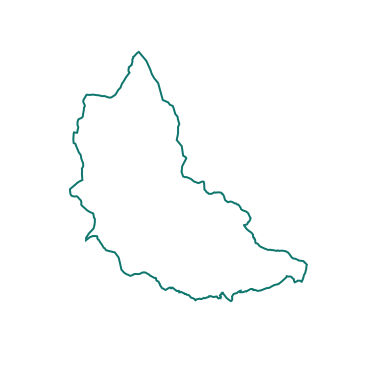 Bistra, Alba, Romania (Natural Earth projection), rotated 296°
{"feature_id": "2599482B44992285176007", "entity_name": "Bistra", "entity_type": "district", "adm_level": 2, "iso_a3": "ROU", "parent_name": "Romania", "parent_adm1": "Alba", "projection": "natural_earth1", "projection_center": [23.133, 46.419], "detail": "fine", "context": "isolated", "style": "outline", "palette": "teal", "viewbox_px": 384, "rotation_deg": 296, "n_neighbors": 0, "source": "geoboundaries", "source_scale": "gbopen_adm2", "svg_char_len": 5930}
<svg xmlns="http://www.w3.org/2000/svg" viewBox="0 0 384 384"><g transform="rotate(296 192 192)"><path d="M172.6,328.5L175.1,327.5L177.0,327.1L177.8,325.2L178.0,324.1L178.0,323.9L178.5,323.4L178.6,322.8L178.6,322.5L178.7,322.2L177.2,318.0L177.4,317.1L177.3,314.3L177.0,313.1L176.6,312.1L176.6,311.5L177.2,309.7L177.6,309.3L177.8,308.6L178.8,306.9L179.7,305.0L179.7,303.9L179.9,302.7L179.6,301.5L178.9,298.9L178.2,297.6L177.4,296.5L177.3,296.2L177.2,295.0L177.1,294.6L176.2,294.0L175.0,289.4L174.5,288.7L174.6,288.2L174.5,287.8L173.5,286.2L173.3,285.5L173.0,282.2L172.9,277.1L173.1,276.3L174.1,274.2L174.3,273.5L174.3,273.0L174.0,272.0L174.0,271.7L174.6,271.1L175.4,270.4L176.3,270.0L176.9,269.5L177.1,269.3L177.1,268.6L177.8,268.2L178.1,267.9L178.0,267.1L178.1,266.8L179.1,266.4L179.5,265.9L180.4,265.5L180.7,265.0L181.2,264.1L181.4,263.2L181.6,262.6L182.0,260.0L182.3,259.0L182.4,258.4L182.8,257.0L183.1,256.5L183.3,256.1L183.7,255.5L184.7,253.5L185.0,253.3L185.2,253.5L185.5,254.2L186.0,254.6L187.1,255.6L187.8,255.8L189.3,255.7L189.6,255.7L190.0,256.1L190.5,256.3L192.9,256.4L193.6,256.3L194.0,256.0L194.5,255.9L194.9,255.0L197.6,251.7L198.2,249.2L197.8,245.8L197.9,244.4L198.2,243.5L199.1,242.7L200.0,241.1L200.5,240.4L200.9,238.8L200.6,238.1L201.0,236.4L200.5,235.4L200.7,233.0L200.6,231.8L200.0,230.3L198.6,228.8L199.0,226.3L199.4,225.1L202.4,222.4L203.4,220.8L203.6,220.3L203.5,219.7L204.1,218.9L204.1,218.3L203.4,216.2L203.2,215.7L201.7,213.4L201.6,212.5L201.2,212.0L199.9,211.1L198.9,210.3L198.2,209.0L197.8,207.9L198.3,206.3L198.1,206.0L198.1,205.6L199.2,203.5L199.7,202.1L205.6,198.8L206.3,198.1L206.3,197.4L205.8,196.6L202.8,193.9L202.3,189.3L203.3,185.2L203.0,180.6L202.2,178.9L202.1,177.2L205.7,173.6L207.1,173.3L210.7,171.9L219.7,172.1L220.5,171.1L220.8,168.1L228.7,162.7L232.0,155.5L238.5,153.8L244.5,150.9L247.5,150.8L251.5,147.2L253.3,146.1L254.8,142.8L259.1,138.9L260.9,137.0L260.7,134.0L262.1,131.3L261.9,125.4L275.1,113.8L277.6,108.3L280.2,104.4L283.8,100.8L289.9,93.4L294.6,82.8L293.5,82.1L292.3,81.6L288.5,80.5L287.8,80.0L287.6,79.9L286.5,80.5L285.2,80.3L284.7,80.3L283.8,81.0L283.1,81.3L281.2,81.6L280.0,82.1L279.5,82.0L279.0,81.5L278.2,81.5L276.7,80.6L276.4,80.5L275.7,81.0L274.5,81.1L273.3,81.7L272.5,82.3L271.9,83.5L271.7,83.6L269.9,83.1L266.2,82.4L261.2,82.0L258.7,81.6L257.4,81.7L254.6,82.0L253.5,81.7L251.6,81.0L250.3,80.9L247.4,80.7L245.6,80.4L241.9,78.2L241.4,77.7L240.9,77.0L240.7,76.4L240.6,75.8L240.2,74.9L240.1,72.5L240.0,71.7L239.0,69.7L238.6,68.5L238.0,65.6L237.0,63.2L236.3,60.7L236.1,60.3L235.4,59.2L234.2,57.1L233.3,54.8L233.2,54.6L232.8,54.5L230.8,54.4L227.2,54.1L226.5,54.2L225.0,55.1L223.2,57.3L222.7,57.8L222.1,58.0L220.7,58.0L220.1,58.1L218.5,58.8L214.4,59.9L212.5,60.6L211.5,60.7L210.7,60.5L209.8,60.0L208.3,58.6L207.3,58.1L206.7,58.1L204.8,58.4L202.6,59.4L201.7,60.0L200.6,61.2L199.9,61.6L197.6,62.0L195.2,62.8L194.8,62.7L193.8,59.8L192.5,60.1L187.4,62.2L184.2,64.1L184.2,66.1L182.4,67.9L177.9,73.0L177.6,73.5L176.8,75.3L175.8,76.3L173.7,77.7L171.6,79.8L170.4,81.3L168.0,82.7L167.5,82.9L166.2,82.9L164.6,82.8L162.9,83.9L160.1,85.1L154.7,88.2L151.7,85.9L150.7,85.3L141.4,81.2L141.0,81.1L140.5,81.3L137.1,83.5L136.7,83.9L136.1,84.8L135.9,85.3L135.9,86.1L136.0,86.9L136.4,88.2L137.6,90.4L137.6,91.0L137.4,91.6L136.6,93.3L135.9,95.3L135.6,96.0L134.7,96.7L134.1,97.1L132.1,98.0L131.6,98.7L130.7,101.7L130.3,103.5L129.6,105.4L129.3,108.4L129.3,111.1L129.4,112.7L125.9,115.2L125.7,115.5L125.5,116.2L125.4,116.4L123.2,117.5L120.3,118.6L117.9,119.2L115.9,119.5L115.4,119.4L114.5,119.0L113.6,118.8L110.5,117.8L109.2,117.5L106.2,117.1L104.5,116.9L102.3,117.9L106.8,120.1L109.2,122.5L110.6,125.9L110.3,126.5L108.7,127.4L108.1,128.5L108.0,129.4L106.5,131.6L105.3,133.9L103.2,137.0L103.1,138.4L102.0,140.2L102.7,144.0L103.9,149.1L101.0,154.7L97.2,157.9L91.2,162.7L89.7,166.5L89.4,169.2L89.6,170.8L89.6,171.4L89.5,172.2L89.5,172.9L89.7,173.4L90.6,174.4L92.9,176.1L93.5,177.1L93.9,177.6L94.3,179.1L95.5,181.0L98.0,182.8L98.3,183.2L98.5,184.0L99.2,185.1L99.1,186.8L99.1,187.8L98.9,188.7L99.0,189.8L98.5,190.9L98.4,191.4L98.5,192.3L98.4,193.1L98.3,195.5L98.3,196.0L98.8,196.9L98.7,197.4L98.6,197.7L97.8,198.0L97.0,198.6L96.8,199.2L96.8,200.9L96.7,201.3L95.6,202.6L95.3,203.3L94.4,203.9L94.2,204.2L93.9,204.9L93.6,205.2L93.4,205.9L92.7,206.5L92.5,207.2L92.5,209.6L92.3,210.5L92.5,211.2L92.9,211.6L94.9,212.8L96.2,213.7L96.7,214.9L96.3,214.9L96.2,215.3L96.5,215.5L97.5,216.6L97.2,216.9L97.3,217.3L96.3,221.7L96.9,222.6L97.3,223.3L97.3,223.9L96.4,224.3L96.2,224.4L96.8,225.5L97.3,225.9L97.5,226.5L97.4,228.4L97.5,229.3L97.1,230.1L97.8,231.1L97.4,232.0L97.4,232.6L97.9,233.7L97.9,234.1L97.8,234.8L96.6,237.5L96.8,238.0L97.0,241.0L96.9,241.3L96.4,242.0L96.2,242.3L96.2,242.6L97.4,243.1L97.7,243.4L99.5,245.7L99.6,246.8L99.8,247.3L100.7,248.1L102.0,249.0L102.0,249.8L102.4,250.4L103.5,251.3L103.6,251.6L105.1,253.1L106.1,253.2L106.3,254.1L106.7,254.7L106.8,256.2L107.0,257.1L107.2,257.7L108.6,259.5L108.9,260.1L108.4,260.9L107.9,262.3L108.8,263.2L109.0,264.1L109.7,263.7L110.3,264.1L110.7,263.6L111.1,262.5L112.1,262.6L112.9,263.3L113.9,262.9L114.5,263.1L115.0,263.8L114.2,264.5L114.3,264.7L113.5,266.4L111.9,269.5L111.1,273.4L111.0,274.8L111.5,275.2L112.9,275.3L113.5,275.1L115.6,273.8L118.1,274.0L118.7,274.2L120.9,276.7L121.8,277.0L123.2,277.7L124.5,279.0L123.1,279.4L124.2,281.6L126.5,283.9L126.6,284.1L126.5,284.5L127.2,284.9L130.3,287.1L131.2,288.4L131.3,289.0L131.2,289.7L130.8,290.0L131.0,290.2L131.0,290.8L131.4,291.0L131.6,291.5L131.9,294.4L133.8,297.1L138.3,301.2L139.6,303.3L144.3,306.6L147.2,310.1L150.5,311.7L155.2,313.6L156.5,314.1L157.2,314.2L157.9,314.1L158.1,315.5L158.9,316.9L159.2,317.7L159.3,318.5L158.3,321.1L158.4,321.6L157.5,322.2L156.3,323.2L155.9,323.9L157.6,325.4L158.7,325.9L159.7,328.2L159.7,328.7L159.4,329.6L159.4,329.9L162.0,329.9L162.9,329.6L163.6,329.7L165.6,329.2L166.7,329.1L169.2,329.2L171.1,328.7L172.6,328.5Z" fill="none" stroke="#0f766e" stroke-width="2"/></g></svg>